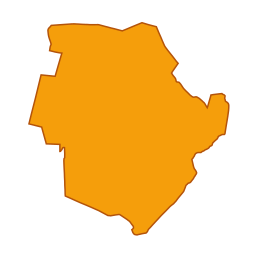 Kwanza, Rift Valley, Kenya, rotated 4°
{"feature_id": "3690345B32096026427645", "entity_name": "Kwanza", "entity_type": "district", "adm_level": 2, "iso_a3": "KEN", "parent_name": "Kenya", "parent_adm1": "Rift Valley", "projection": "robinson", "projection_center": [35.017, 1.14], "detail": "fine", "context": "isolated", "style": "filled", "palette": "amber", "viewbox_px": 256, "rotation_deg": 4, "n_neighbors": 0, "source": "geoboundaries", "source_scale": "gbopen_adm2", "svg_char_len": 3564}
<svg xmlns="http://www.w3.org/2000/svg" viewBox="0 0 256 256"><g transform="rotate(4 128 128)"><path d="M219.3,87.1L216.5,87.6L210.8,88.7L208.4,89.3L208.3,90.1L208.1,91.2L207.9,92.2L206.9,96.8L206.1,100.6L205.6,102.2L203.9,99.8L203.5,99.1L202.1,97.4L200.7,96.4L200.1,95.8L197.3,93.7L196.7,93.3L196.0,93.0L194.4,92.2L193.4,92.2L192.2,92.5L191.0,92.7L189.7,92.2L187.6,90.8L185.0,88.5L183.3,87.1L180.8,84.8L180.1,84.0L179.2,82.8L177.5,80.6L175.8,78.9L174.7,78.7L173.7,78.7L172.9,78.2L172.5,77.1L172.2,76.0L171.9,75.4L171.4,74.7L170.3,73.5L169.6,72.8L169.0,72.1L168.5,71.5L168.1,70.8L167.6,70.2L168.5,68.4L173.5,60.0L171.4,57.9L169.4,55.6L167.8,53.8L165.5,51.3L162.1,47.6L159.3,44.3L158.8,43.6L158.0,42.1L157.5,41.2L156.0,38.3L154.4,35.1L152.9,32.3L152.0,30.6L149.7,26.0L149.2,25.0L141.7,23.6L139.0,23.0L134.6,22.0L127.3,25.6L125.1,26.7L118.8,29.9L115.5,31.5L107.1,29.9L104.0,29.4L100.0,28.6L99.3,28.5L91.5,27.0L90.6,27.0L87.2,27.3L82.8,27.6L81.0,27.6L80.3,27.6L78.3,27.7L74.2,27.8L71.4,27.8L67.1,27.9L64.8,28.1L54.8,29.5L44.3,31.0L43.2,32.6L42.4,33.4L41.5,34.9L41.3,36.1L41.5,37.5L42.0,40.3L42.5,42.2L43.6,45.1L44.6,47.3L45.5,49.8L45.0,51.3L44.7,52.7L44.5,55.3L44.4,56.3L48.6,57.0L49.5,57.2L53.5,57.7L54.8,57.8L56.8,57.9L54.1,70.3L51.7,81.5L37.6,81.1L33.4,105.7L30.7,120.4L28.9,130.8L41.8,133.1L46.4,146.1L47.0,147.7L47.6,149.5L61.2,149.1L61.7,156.1L62.3,156.0L62.9,154.9L63.5,154.3L63.8,153.5L64.0,152.9L64.4,152.2L65.3,151.9L66.0,152.0L66.7,158.2L66.9,162.1L66.3,163.1L66.3,165.1L66.7,169.0L67.2,173.3L67.7,177.3L68.1,181.3L68.6,185.4L69.0,189.8L69.5,193.8L69.9,198.1L70.2,200.2L74.9,201.9L80.3,203.9L85.8,205.9L90.0,207.3L90.9,207.6L96.4,209.5L101.6,211.4L104.7,212.5L106.0,213.1L109.6,214.7L114.0,216.7L115.9,216.7L116.7,216.8L117.9,216.5L121.6,215.6L125.0,214.9L125.9,215.0L133.6,219.4L135.0,220.4L135.8,220.8L136.6,221.6L138.7,224.1L139.8,225.3L140.3,226.2L140.4,227.4L140.0,228.1L139.4,228.7L138.9,229.2L140.2,232.0L141.3,233.3L142.2,233.8L143.0,233.9L143.9,234.0L144.9,233.9L145.6,233.6L146.7,233.3L147.4,233.1L149.3,232.5L152.4,231.7L153.1,231.6L153.6,231.3L154.2,230.5L154.6,229.9L154.9,229.1L155.3,228.0L156.0,227.0L157.3,225.5L158.3,224.2L159.3,222.9L161.7,219.9L164.7,216.2L165.3,215.4L167.4,212.8L170.7,209.0L171.4,208.2L173.9,205.2L175.2,203.6L175.7,203.1L176.6,202.2L178.8,200.3L179.6,199.2L180.8,197.8L182.7,194.8L183.1,194.2L187.2,188.5L187.8,187.6L188.1,187.0L188.3,186.3L188.9,184.4L189.4,182.8L189.7,181.5L190.2,180.7L190.9,180.1L191.5,179.3L192.0,178.8L192.8,178.6L193.9,178.0L194.5,177.3L195.0,176.5L195.4,175.9L196.1,174.9L196.8,173.9L197.1,173.1L197.4,172.4L198.0,171.5L198.3,170.9L198.8,169.9L199.4,168.9L199.6,167.9L199.2,167.0L198.8,166.3L198.3,165.5L197.4,164.5L196.8,163.6L196.1,162.0L193.9,154.8L194.6,154.0L195.1,153.2L195.7,152.0L196.2,151.2L196.4,150.3L196.7,149.6L197.3,148.8L197.9,148.3L198.8,147.8L199.7,147.6L200.5,147.5L202.4,147.4L203.4,146.5L204.1,146.0L204.7,145.8L205.8,145.1L206.6,144.3L207.6,143.9L208.3,143.5L209.5,142.7L210.3,141.8L210.7,141.0L211.1,140.5L211.8,140.2L212.8,139.6L213.2,138.9L213.3,137.9L213.6,137.0L214.2,136.3L214.8,135.6L216.0,134.3L216.6,133.7L217.2,133.2L217.7,132.6L218.4,131.2L218.6,130.3L219.1,129.8L220.0,129.3L220.8,128.9L222.0,128.1L222.8,127.9L224.6,127.7L225.1,127.0L225.7,120.0L226.2,114.8L226.7,109.4L227.0,105.1L227.1,103.5L227.1,102.1L227.1,101.1L227.0,98.9L226.9,98.0L226.5,96.9L226.1,96.3L224.9,95.3L224.2,95.0L223.4,94.5L223.1,93.7L222.9,92.9L222.4,91.8L222.4,91.0L222.6,90.0L222.5,89.0L221.5,88.2L220.0,87.7L219.3,87.1Z" fill="#f59e0b" stroke="#b45309" stroke-width="1.5"/></g></svg>